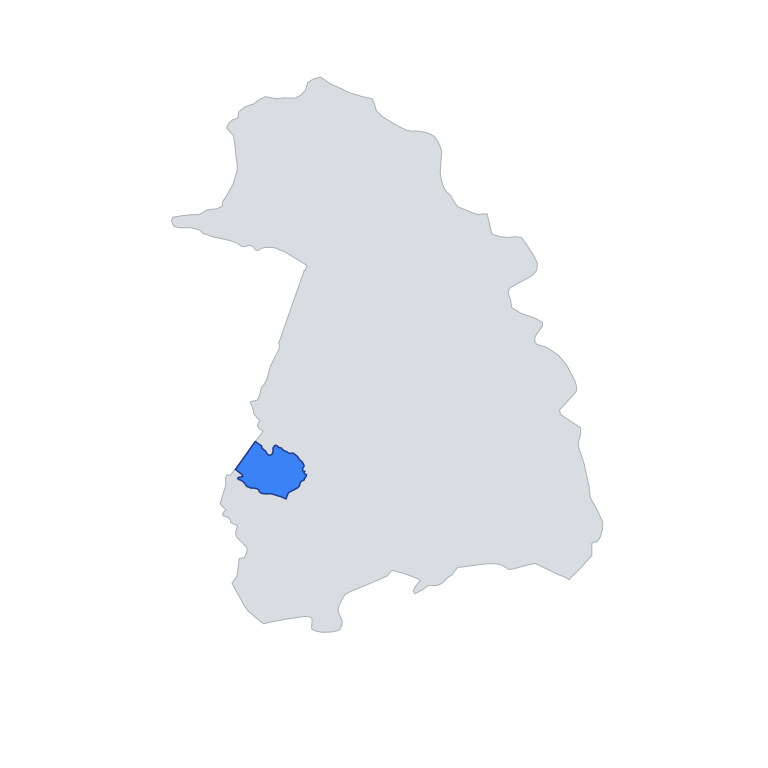 Koulpélogo highlighted on a map of Burkina Faso, rotated 110°
{"feature_id": "BFA-2827", "entity_name": "Koulpélogo", "entity_type": "Province", "adm_level": 1, "iso_a3": "BFA", "parent_name": "Burkina Faso", "parent_adm1": "", "projection": "equal_earth", "projection_center": [0.155, 11.405], "detail": "fine", "context": "in_parent", "style": "filled", "palette": "blue", "viewbox_px": 768, "rotation_deg": 110, "n_neighbors": 0, "source": "natural_earth", "source_scale": "10m", "svg_char_len": 4385}
<svg xmlns="http://www.w3.org/2000/svg" viewBox="0 0 768 768"><g transform="rotate(110 384 384)"><path d="M550.5,497.2L533.2,498.1L526.8,500.6L523.0,500.7L522.9,498.6L522.5,497.3L500.6,490.3L485.2,486.1L469.7,481.5L468.8,485.8L466.6,488.6L463.2,488.8L460.9,488.1L459.3,491.5L456.7,495.9L453.1,498.1L449.6,500.8L447.6,503.2L446.2,503.2L442.6,497.6L437.9,497.0L429.0,498.0L425.1,496.4L419.6,495.7L406.8,496.9L386.3,494.5L383.0,495.8L382.1,496.8L361.8,497.1L339.5,497.4L320.8,497.6L304.5,497.8L304.5,496.9L299.2,496.7L298.6,498.6L293.9,521.3L293.4,533.6L295.8,541.2L298.6,546.1L301.7,548.1L302.0,550.9L299.5,554.4L299.7,558.0L302.6,561.8L303.3,565.7L301.8,569.9L302.1,579.8L304.2,595.6L304.3,605.8L302.2,610.4L303.1,618.4L307.1,629.7L307.8,634.5L306.4,636.7L303.0,639.6L299.6,639.5L295.7,632.7L294.0,629.6L290.8,622.7L288.1,615.8L284.5,612.7L280.9,609.9L276.6,601.1L272.3,596.8L267.9,598.1L261.3,596.4L248.2,594.2L234.1,594.9L228.2,596.9L222.4,600.1L207.7,607.2L201.8,610.7L197.4,619.5L192.4,619.3L187.4,616.5L184.3,612.5L177.6,613.4L171.2,609.5L165.0,601.8L160.4,599.3L154.5,593.7L152.9,583.1L149.3,575.7L145.9,565.4L140.8,560.8L135.0,558.3L126.9,558.8L121.6,554.7L117.4,548.7L118.6,543.5L120.5,536.1L120.8,528.9L122.1,517.3L121.4,502.9L120.0,492.8L124.5,488.6L129.7,484.8L133.0,477.9L136.4,462.5L137.9,449.3L136.9,444.3L135.2,440.4L133.9,434.7L133.2,427.7L134.1,421.6L138.1,415.9L143.0,411.2L146.5,409.0L155.7,406.6L167.2,403.1L173.9,399.1L178.8,395.1L181.5,392.0L184.3,385.5L188.8,380.5L192.2,375.5L192.8,361.4L192.8,353.4L190.3,349.0L188.9,345.2L206.0,334.2L206.2,326.5L203.9,317.8L200.6,310.9L199.4,304.9L204.1,297.8L208.4,292.5L211.4,288.0L218.2,281.1L225.1,279.3L231.4,281.9L250.0,298.1L253.2,299.1L257.1,297.9L262.0,293.6L268.4,290.3L270.8,279.4L270.6,263.5L272.1,256.2L275.5,254.9L286.2,257.9L289.0,258.1L292.1,257.1L294.4,254.3L294.3,249.1L293.8,244.6L297.4,229.8L303.8,218.7L316.7,204.9L320.7,202.1L325.4,200.7L348.4,210.2L352.2,207.8L357.9,184.3L364.1,182.0L371.6,181.6L376.5,179.6L379.0,177.9L390.0,169.0L409.3,156.8L419.7,151.6L421.8,149.6L429.2,141.0L439.1,131.1L445.4,129.1L454.1,128.4L459.6,130.0L461.0,132.8L462.8,134.2L474.2,130.0L490.4,136.7L504.5,143.3L503.6,147.5L503.5,154.9L502.3,166.6L500.9,180.6L506.7,189.7L513.7,199.4L515.5,203.2L513.7,212.9L515.0,218.5L518.7,227.9L524.9,239.8L531.3,252.1L535.8,253.7L540.0,254.7L542.6,256.9L546.4,259.1L550.1,260.5L553.4,263.1L555.5,265.8L558.2,273.4L565.4,278.4L570.5,283.3L568.4,285.8L562.1,284.8L556.2,282.7L555.4,286.3L555.2,300.2L556.2,311.8L557.5,313.4L563.5,315.5L577.8,330.6L590.7,344.8L595.0,348.5L602.1,350.0L610.1,350.5L613.5,349.2L621.3,342.0L625.4,341.2L629.2,341.4L631.2,342.6L635.0,348.5L638.5,357.3L639.5,363.9L639.2,367.4L638.0,368.7L631.6,370.4L628.9,371.7L628.2,373.6L629.2,378.0L630.5,380.9L637.4,393.7L647.5,410.9L650.6,415.3L648.8,420.5L643.8,434.0L640.0,439.6L623.2,458.7L614.9,456.4L597.6,460.3L595.0,455.9L590.9,455.3L585.9,456.1L584.1,457.7L583.5,459.6L581.7,462.3L578.6,469.8L576.1,471.8L573.0,472.9L569.2,472.8L567.0,473.8L567.0,477.5L566.3,480.8L563.8,482.4L562.7,486.1L562.9,489.7L561.4,491.3L558.1,490.4L556.2,489.4L554.4,494.1L552.1,497.3L550.5,497.2Z" fill="#d9dde1" stroke="#a8b0b8" stroke-width="1"/><path d="M515.1,494.3L509.2,492.7L493.9,488.5L485.6,486.3L482.1,485.3L482.2,484.6L482.9,482.1L483.8,479.7L483.8,478.3L484.4,477.5L485.5,477.1L486.3,476.0L486.8,474.6L487.1,473.2L487.8,472.0L488.8,470.9L489.5,470.0L490.2,468.6L490.2,467.3L489.3,465.9L487.4,465.0L485.5,465.2L484.2,465.5L483.1,466.2L481.9,466.4L480.7,466.0L479.5,465.9L478.7,465.0L478.6,463.1L479.4,461.8L479.6,460.3L479.2,458.9L479.8,457.7L480.6,456.4L480.9,453.3L480.9,451.9L481.4,450.6L481.7,449.2L480.6,447.2L480.0,445.3L481.6,440.8L482.6,439.3L483.8,437.8L485.1,434.3L487.3,431.8L488.4,431.0L491.1,431.5L492.2,431.4L493.1,430.9L493.3,429.5L493.2,428.6L493.8,428.8L494.8,428.9L495.4,428.3L495.7,425.9L496.7,425.5L500.4,426.4L501.5,426.2L502.8,427.6L504.9,429.0L509.1,428.7L511.1,429.6L518.5,436.4L520.0,436.7L525.5,436.8L525.1,443.0L525.4,445.4L525.6,451.6L526.1,453.8L527.6,457.2L528.3,459.9L528.7,461.8L527.9,464.2L526.2,465.7L525.8,467.5L526.5,471.4L527.1,472.8L527.4,474.4L527.1,475.8L527.2,476.7L527.2,477.8L524.7,481.6L523.9,483.2L523.5,485.5L523.4,488.1L522.7,489.3L521.6,488.8L520.5,487.2L519.7,485.7L518.8,485.1L517.8,486.3L515.3,493.5L515.1,494.3Z" fill="#3b82f6" stroke="#1e3a8a" stroke-width="1.5"/></g></svg>